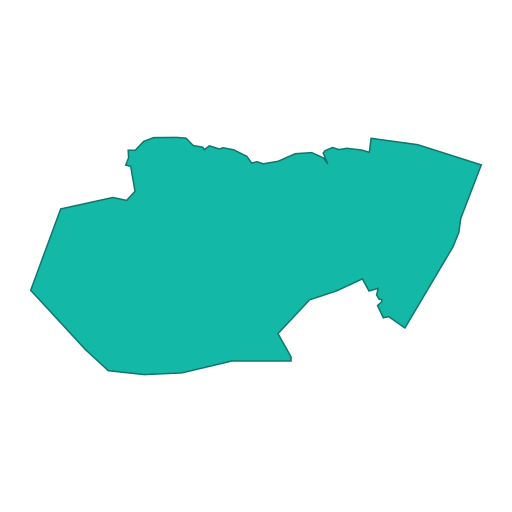 outline of Cabra-Glasnevin Lea-7, Dublin, Ireland
{"feature_id": "5873133B8743652584157", "entity_name": "Cabra-Glasnevin Lea-7", "entity_type": "district", "adm_level": 2, "iso_a3": "IRL", "parent_name": "Ireland", "parent_adm1": "Dublin", "projection": "albers", "projection_center": [-6.301, 53.363], "detail": "fine", "context": "isolated", "style": "filled", "palette": "teal", "viewbox_px": 512, "rotation_deg": 0, "n_neighbors": 0, "source": "geoboundaries", "source_scale": "gbopen_adm2", "svg_char_len": 920}
<svg xmlns="http://www.w3.org/2000/svg" viewBox="0 0 512 512"><path d="M144.4,374.6L181.8,372.9L231.7,361.0L291.1,361.0L291.0,356.8L278.0,333.6L309.6,299.8L336.5,290.9L362.4,278.9L369.0,291.0L378.1,288.4L376.6,295.1L379.3,299.4L381.8,299.4L381.6,302.0L377.5,305.5L383.3,317.8L388.6,316.6L404.9,328.0L452.9,247.0L458.8,232.5L460.8,218.3L481.3,164.9L417.8,144.7L371.1,138.3L369.3,152.3L361.6,150.0L346.7,148.3L339.0,149.6L332.6,147.5L325.2,150.6L323.2,153.0L327.8,164.0L323.4,157.9L311.7,152.6L295.3,153.7L278.0,161.3L263.1,163.8L257.1,161.7L251.6,163.1L246.9,156.4L233.7,149.8L222.9,147.7L219.7,149.1L209.4,145.8L204.3,149.7L202.7,147.2L193.2,145.5L185.9,138.1L176.6,137.4L153.8,137.6L143.8,141.3L135.2,150.3L128.2,150.2L128.6,157.8L125.7,165.1L130.7,166.3L135.0,191.3L126.6,200.4L112.8,197.5L60.7,208.9L30.7,290.3L52.7,314.1L85.2,349.4L108.3,370.7L144.4,374.6Z" fill="#14b8a6" stroke="#0f766e" stroke-width="1.5"/></svg>